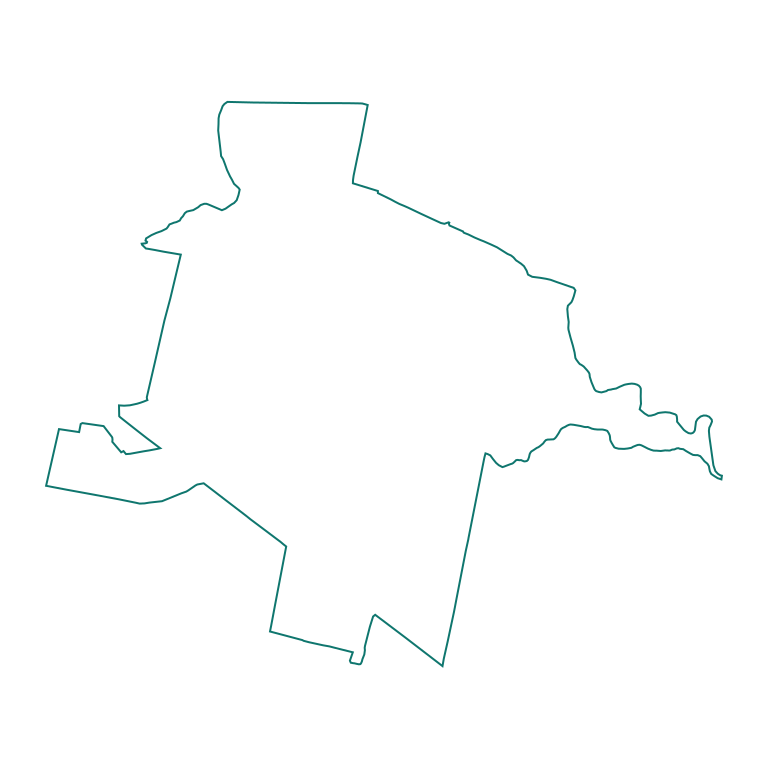 the district of Golesti, Vrancea, Romania
{"feature_id": "2599482B15818014499843", "entity_name": "Golesti", "entity_type": "district", "adm_level": 2, "iso_a3": "ROU", "parent_name": "Romania", "parent_adm1": "Vrancea", "projection": "mercator", "projection_center": [27.172, 45.659], "detail": "fine", "context": "isolated", "style": "outline", "palette": "teal", "viewbox_px": 768, "rotation_deg": 0, "n_neighbors": 0, "source": "geoboundaries", "source_scale": "gbopen_adm2", "svg_char_len": 5304}
<svg xmlns="http://www.w3.org/2000/svg" viewBox="0 0 768 768"><path d="M721.9,475.7L720.3,475.3L719.0,474.5L717.8,473.7L715.4,471.1L713.4,465.3L709.4,436.8L708.9,430.9L709.3,427.6L710.3,425.7L710.7,424.8L712.0,421.5L711.7,419.6L709.2,416.8L706.3,415.6L703.6,415.5L700.6,416.5L697.6,419.0L696.0,421.7L694.9,430.1L694.1,431.7L692.7,433.0L690.9,433.5L689.7,433.3L688.5,433.1L685.7,431.4L683.8,429.9L681.1,426.6L678.8,423.8L677.1,421.7L677.1,419.4L676.8,416.5L676.3,415.1L675.1,414.3L669.8,412.6L665.3,412.2L663.0,412.4L659.5,412.8L658.0,413.1L654.8,414.6L651.1,415.6L648.4,415.8L644.6,413.5L641.3,410.7L639.7,409.3L640.3,406.9L641.0,403.8L640.8,400.0L640.7,396.3L640.8,392.6L640.8,388.7L640.2,387.2L638.9,385.7L637.2,384.7L634.6,383.9L631.8,383.6L628.9,383.9L626.0,384.4L624.3,384.8L619.6,386.8L616.2,388.5L612.2,389.2L611.3,389.5L608.0,390.0L606.4,391.1L601.5,392.4L599.0,392.0L596.2,391.1L595.1,390.1L594.3,388.9L591.5,382.2L589.8,376.9L589.5,374.0L588.9,372.6L587.1,370.3L583.7,366.5L581.4,364.9L579.8,364.1L578.5,362.6L576.3,359.6L575.4,358.0L574.6,352.6L572.9,345.7L570.5,337.5L568.5,329.8L568.3,327.8L568.7,322.0L567.9,316.3L567.3,309.1L567.9,305.7L571.4,302.2L572.4,300.2L573.8,296.3L575.4,290.4L573.7,287.9L556.9,282.1L550.6,279.8L546.1,278.8L540.1,277.8L532.2,276.8L528.0,274.6L526.7,270.8L524.0,266.2L521.2,263.8L516.0,260.3L513.5,257.4L511.1,255.5L507.5,253.9L497.0,247.3L491.2,244.6L483.7,241.3L480.6,240.1L474.5,237.5L468.4,234.5L464.0,232.8L463.5,232.4L463.1,231.5L451.8,226.5L449.5,225.5L449.0,224.2L449.0,223.3L449.3,222.7L448.7,222.3L444.4,223.8L440.9,223.0L430.7,218.3L421.0,213.8L408.0,207.6L403.9,205.8L399.5,204.0L395.2,201.8L391.0,199.5L377.9,193.1L377.9,191.0L352.9,183.3L353.0,180.1L353.6,175.7L357.5,156.7L360.6,142.3L367.7,105.0L364.2,104.0L362.3,103.5L360.3,103.4L354.6,103.3L348.2,103.2L330.2,103.1L306.7,103.1L280.2,102.8L252.8,102.5L240.1,102.2L227.4,101.9L224.4,104.0L223.5,105.1L222.6,106.2L221.1,110.3L219.3,114.6L218.6,118.3L218.5,124.2L218.2,130.5L220.7,151.8L221.1,156.1L223.1,159.2L224.7,163.4L227.0,169.9L230.1,176.5L232.0,179.8L234.0,183.8L238.6,188.0L239.7,189.6L238.5,195.0L236.7,200.2L234.1,203.0L231.6,204.4L225.5,208.7L221.9,210.2L208.2,204.4L206.4,203.8L204.2,203.8L200.6,205.1L198.2,207.2L193.3,210.1L189.2,211.0L186.8,211.6L184.8,213.2L182.9,216.3L181.1,218.2L179.8,220.5L176.4,222.1L173.9,222.7L171.7,223.6L169.5,224.4L167.6,227.3L166.5,228.6L161.5,231.1L156.4,232.9L151.5,235.1L146.1,238.4L145.5,240.6L147.1,241.9L146.8,242.8L145.5,243.3L141.7,243.7L142.0,244.7L145.9,248.5L148.0,248.8L154.9,250.0L163.7,251.7L180.8,254.6L176.0,274.6L170.4,298.1L164.4,320.6L154.9,362.3L146.8,397.3L147.0,398.7L147.1,399.3L147.4,400.1L146.1,400.6L143.6,401.6L140.5,402.7L137.2,403.7L135.0,404.2L129.9,405.3L124.2,405.7L119.0,405.4L119.2,416.2L119.9,417.0L125.8,421.7L137.1,430.6L147.1,438.4L160.2,448.2L157.2,448.9L149.3,450.4L143.7,451.3L130.0,453.8L126.0,454.1L123.5,451.1L121.2,452.3L112.3,441.8L112.5,439.7L112.3,437.7L111.9,436.9L103.6,426.1L82.4,423.1L80.7,424.0L79.1,432.1L59.0,429.1L46.1,485.8L66.6,489.7L92.4,494.4L118.8,499.3L136.1,502.8L139.6,503.6L144.5,503.4L149.4,502.6L162.0,501.2L166.2,499.5L181.4,493.3L186.3,491.6L188.3,490.4L195.4,485.5L197.3,484.5L203.7,483.3L214.7,491.7L225.6,500.1L246.5,516.1L250.2,519.1L280.7,542.0L283.4,544.3L286.2,546.5L274.9,605.8L271.2,625.5L270.0,631.5L277.2,633.4L302.4,640.1L303.6,640.8L308.9,642.2L323.1,645.3L329.4,646.4L335.2,647.9L352.8,652.3L349.9,660.7L350.8,662.7L353.2,663.2L354.4,663.3L356.9,663.9L358.9,664.3L360.4,664.1L361.1,663.2L361.9,661.4L362.4,659.3L364.3,654.5L364.9,650.2L364.7,647.8L365.0,645.9L365.9,642.4L367.7,635.3L369.9,626.7L373.1,616.5L375.2,614.8L405.4,637.6L442.5,666.1L443.8,658.7L447.7,641.4L451.1,625.4L453.9,612.3L454.8,607.7L456.4,599.3L465.8,550.8L468.3,539.4L468.5,538.1L477.4,492.9L483.8,460.4L484.5,457.1L485.5,453.4L487.7,454.1L490.3,455.4L493.1,459.2L496.1,462.9L498.8,465.2L502.4,467.1L503.8,466.7L506.9,465.5L510.6,464.1L512.0,463.7L513.1,463.1L514.8,461.5L516.2,460.1L517.8,459.9L519.2,460.2L521.1,460.1L522.4,460.7L524.2,461.4L525.4,461.3L526.8,461.0L528.0,459.9L529.0,457.2L529.7,454.1L530.4,452.7L531.3,451.5L533.7,450.0L536.8,447.9L538.4,447.2L539.7,446.3L541.3,445.0L543.2,443.4L544.4,441.7L545.3,440.7L545.9,440.1L546.9,439.8L547.4,439.6L550.0,439.5L552.0,439.4L553.5,439.3L554.2,438.9L555.1,438.2L556.3,436.8L558.6,433.3L560.1,430.6L561.0,429.2L562.6,428.0L563.9,427.4L565.4,426.7L567.0,425.7L568.8,424.9L570.3,424.5L571.8,424.6L573.7,424.8L580.6,426.0L584.2,426.9L585.7,427.1L587.8,427.0L589.9,427.8L591.7,428.6L594.3,429.2L597.3,429.5L599.4,429.5L601.4,429.5L602.9,429.6L605.5,430.2L607.3,430.9L608.8,433.3L609.7,435.3L610.0,437.0L610.2,439.7L610.6,440.9L611.7,443.0L613.0,445.2L614.3,447.3L615.5,447.9L618.6,448.7L621.5,448.8L624.0,448.9L627.7,448.5L631.4,447.8L633.0,446.8L636.7,445.3L638.0,444.9L639.6,444.8L641.4,445.3L645.0,447.1L647.9,448.6L651.2,449.9L653.6,450.6L657.0,450.7L660.8,451.0L665.1,450.4L667.9,450.5L670.0,450.5L672.2,449.6L674.5,449.4L675.6,448.9L676.7,448.4L678.5,448.2L679.9,448.8L683.3,449.2L686.0,451.0L690.5,453.6L693.0,454.9L694.9,455.1L697.6,455.1L700.3,456.2L702.1,458.3L704.5,461.3L707.4,463.7L708.9,466.2L709.4,468.9L709.9,471.3L711.2,473.9L713.6,475.6L717.7,478.2L721.4,479.4L721.9,475.7Z" fill="none" stroke="#0f766e" stroke-width="2"/></svg>